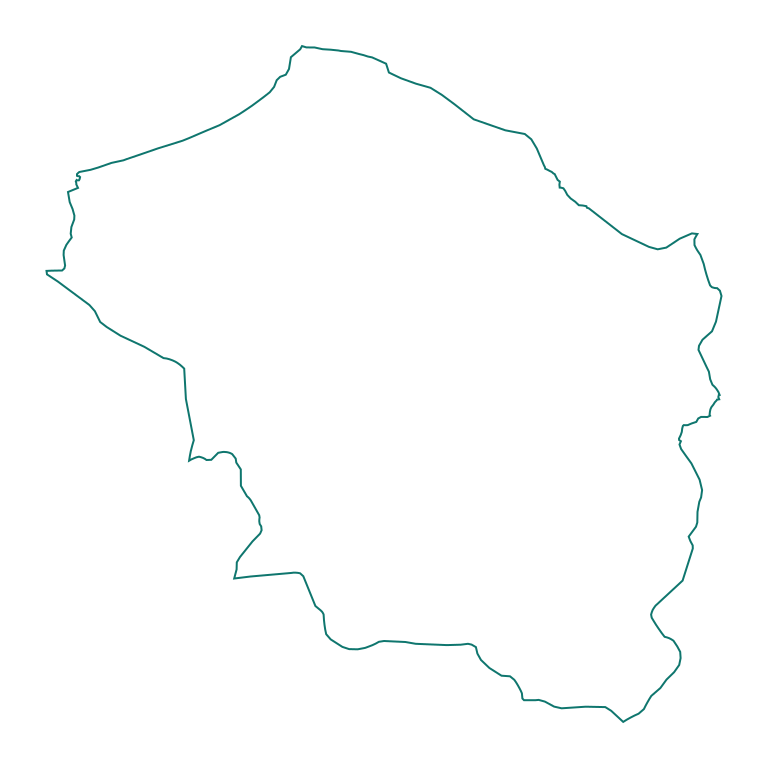 outline of Carasova, Caras-Severin, Romania
{"feature_id": "2599482B41330185551696", "entity_name": "Carasova", "entity_type": "district", "adm_level": 2, "iso_a3": "ROU", "parent_name": "Romania", "parent_adm1": "Caras-Severin", "projection": "equal_earth", "projection_center": [21.908, 45.181], "detail": "fine", "context": "isolated", "style": "outline", "palette": "teal", "viewbox_px": 768, "rotation_deg": 0, "n_neighbors": 0, "source": "geoboundaries", "source_scale": "gbopen_adm2", "svg_char_len": 4449}
<svg xmlns="http://www.w3.org/2000/svg" viewBox="0 0 768 768"><path d="M679.2,665.0L680.6,658.1L680.2,651.9L677.3,646.5L673.6,640.9L673.3,640.6L671.3,639.3L669.2,638.2L666.9,637.4L664.6,636.8L661.6,632.9L658.8,628.9L656.1,624.9L653.5,620.7L651.7,617.7L651.1,614.6L651.8,612.2L652.7,609.9L654.0,607.8L655.5,605.7L682.6,580.6L692.8,548.5L692.7,545.4L691.5,543.2L690.4,541.1L689.5,538.8L688.7,536.6L696.0,526.7L697.3,522.5L697.5,511.9L699.3,501.8L701.1,497.4L702.1,490.1L699.6,479.7L691.4,463.4L686.2,456.2L681.1,449.0L679.5,444.5L680.9,441.2L680.0,440.6L679.1,440.0L679.0,438.6L680.7,435.1L681.8,431.9L682.2,428.6L682.9,425.9L683.8,425.1L685.3,425.2L686.5,425.2L687.2,425.1L687.8,425.1L691.5,423.5L696.3,421.9L697.2,420.3L698.2,418.5L701.1,416.9L707.4,417.0L710.1,415.7L709.6,414.7L709.9,411.9L710.4,409.4L710.9,408.2L711.5,407.0L713.4,404.6L714.8,402.3L716.6,400.4L717.0,399.6L718.1,399.5L719.2,399.3L718.7,398.0L718.3,397.1L718.6,396.0L718.8,395.0L719.6,394.9L718.4,392.0L717.4,390.4L716.4,388.9L715.2,387.4L713.8,386.0L713.1,385.4L712.4,384.7L710.2,379.3L708.9,371.7L706.6,367.0L698.5,349.9L699.0,345.8L702.5,339.7L712.0,331.3L716.0,321.6L721.5,296.0L719.9,290.7L717.1,288.1L715.9,288.1L714.7,288.0L713.6,287.7L712.5,287.4L711.8,287.1L710.1,285.4L708.2,280.1L706.5,274.7L705.0,269.3L703.7,263.9L700.4,254.9L698.8,252.6L697.2,250.2L695.8,247.7L694.5,245.1L694.4,239.3L696.1,236.1L697.4,234.0L691.9,233.4L679.7,238.7L666.3,247.6L657.7,249.3L649.0,246.9L621.9,234.1L588.8,208.3L586.9,207.7L586.4,206.2L582.7,205.5L578.8,205.2L575.3,201.8L570.7,198.5L567.3,194.9L565.2,190.9L563.4,188.3L561.1,187.7L559.7,187.6L559.4,184.7L559.8,181.6L557.6,179.9L554.7,174.1L553.5,173.5L551.7,171.9L550.0,171.1L547.2,169.6L545.3,168.8L544.7,166.6L544.1,165.7L536.8,148.5L531.3,139.3L524.8,134.0L505.3,130.3L473.7,119.3L454.8,104.5L442.0,95.0L430.5,87.8L425.6,86.4L416.0,83.7L401.0,78.3L392.6,74.3L388.9,72.5L386.1,63.7L382.1,61.9L372.1,57.4L367.8,56.5L363.5,55.1L359.0,54.0L351.0,51.8L341.0,51.0L338.5,50.5L330.7,49.7L322.6,49.2L314.7,47.5L306.4,47.4L302.0,46.1L300.2,49.3L290.9,57.2L289.0,69.0L285.8,74.7L280.2,76.8L276.7,80.2L274.1,86.9L269.7,92.3L264.1,96.7L258.1,101.2L252.0,105.7L245.8,109.9L239.4,114.1L219.5,125.2L207.0,130.4L200.9,133.0L188.8,138.2L182.6,140.7L157.9,148.4L142.3,153.8L126.7,159.1L123.5,160.3L117.5,161.6L111.5,162.9L98.3,167.5L90.6,169.8L79.3,172.0L78.1,173.0L77.0,174.1L77.0,175.8L78.1,176.2L79.2,176.2L80.1,177.1L79.6,179.1L79.0,180.3L77.2,180.4L76.6,180.0L75.8,181.4L76.3,183.0L76.3,184.4L78.0,187.9L68.0,192.0L69.7,202.1L72.6,209.1L74.4,215.6L74.2,219.5L71.4,227.0L70.7,233.7L71.7,237.5L69.0,241.1L66.4,244.8L63.8,250.6L63.6,255.0L65.1,265.6L64.7,267.0L64.4,268.4L62.1,270.5L55.3,270.6L50.9,270.7L46.5,270.9L47.0,274.4L57.8,281.5L89.4,305.0L94.9,311.2L100.2,322.0L106.7,327.0L120.5,335.7L144.3,346.8L163.5,358.1L166.6,358.5L169.6,359.3L172.6,360.4L175.4,361.7L177.4,362.9L179.9,364.7L182.1,366.6L184.2,368.6L185.9,399.0L193.8,440.2L192.3,445.3L191.0,450.4L190.9,450.6L189.9,455.7L189.1,460.7L191.4,459.4L193.9,458.3L196.4,457.3L199.0,456.7L201.0,457.2L203.0,457.9L204.8,458.8L206.5,460.0L211.3,459.8L218.2,452.8L222.6,452.0L223.9,451.9L225.1,452.0L226.4,452.1L227.6,452.3L228.8,452.6L230.0,453.0L231.1,453.5L232.2,454.1L235.7,458.6L236.3,462.6L240.8,469.4L240.9,485.8L247.0,496.3L248.1,497.2L249.1,498.2L250.0,499.3L250.8,500.4L259.2,515.2L259.6,517.5L259.4,518.8L259.3,520.2L259.3,521.5L259.5,522.8L259.7,524.0L261.2,526.4L261.6,530.2L260.1,533.6L252.5,541.4L240.0,557.0L236.8,562.3L236.6,569.4L234.2,578.5L250.6,576.5L291.8,572.9L293.1,572.7L294.5,572.7L295.9,572.7L297.3,572.8L298.7,573.0L300.1,573.3L303.3,576.2L315.4,606.0L320.6,610.3L321.4,611.1L322.1,611.8L322.7,612.7L323.2,613.6L323.6,614.5L324.0,620.3L324.5,624.8L325.2,629.5L326.2,634.2L330.7,639.4L342.4,646.9L349.1,649.1L357.7,649.3L364.6,648.0L365.4,647.8L368.9,646.5L372.3,645.2L375.7,643.6L378.9,641.8L384.0,641.0L405.4,642.0L415.7,643.8L446.9,645.1L460.7,644.7L468.0,643.8L471.6,644.6L475.9,647.1L477.4,653.6L481.0,660.0L489.4,668.0L501.5,675.7L510.0,676.3L514.3,679.8L516.1,682.4L517.8,685.2L519.3,687.9L520.8,690.8L521.9,693.3L522.4,698.5L524.0,700.2L535.4,700.2L538.7,699.9L544.9,701.6L554.1,706.6L561.6,708.3L585.7,706.7L605.3,707.1L611.2,710.8L623.2,721.9L626.9,719.6L630.7,717.5L634.6,715.5L638.6,713.7L643.9,709.1L645.6,705.7L647.4,702.4L649.3,699.1L651.3,695.9L660.4,688.0L666.5,679.6L674.1,672.2L679.2,665.0Z" fill="none" stroke="#0f766e" stroke-width="2"/></svg>